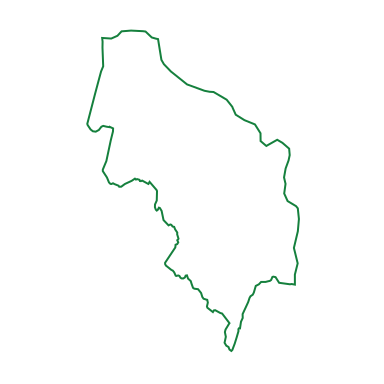 Donga-Mantung, Nord-Ouest, Cameroon (orthographic projection), rotated 192°
{"feature_id": "32672807B54432963078560", "entity_name": "Donga-Mantung", "entity_type": "district", "adm_level": 2, "iso_a3": "CMR", "parent_name": "Cameroon", "parent_adm1": "Nord-Ouest", "projection": "orthographic", "projection_center": [10.802, 6.688], "detail": "fine", "context": "isolated", "style": "outline", "palette": "green", "viewbox_px": 384, "rotation_deg": 192, "n_neighbors": 0, "source": "geoboundaries", "source_scale": "gbopen_adm2", "svg_char_len": 2473}
<svg xmlns="http://www.w3.org/2000/svg" viewBox="0 0 384 384"><g transform="rotate(192 192 192)"><path d="M308.6,236.9L308.1,236.0L307.9,235.7L304.2,232.1L301.6,230.8L298.7,231.0L296.0,233.3L294.2,237.0L292.6,238.2L289.0,238.1L285.9,238.3L285.9,238.6L282.4,237.8L281.9,234.8L282.2,225.5L282.2,213.5L282.2,204.5L283.9,195.4L283.6,193.9L280.8,191.1L278.2,188.5L275.2,184.1L273.5,183.0L272.4,183.1L271.1,184.1L269.4,183.6L265.2,182.9L264.3,182.0L262.3,182.5L259.3,185.9L253.3,190.4L250.6,193.2L249.4,192.5L248.4,193.2L245.9,193.0L245.2,191.9L244.2,192.0L243.1,192.8L236.8,190.9L236.3,190.8L235.6,193.1L227.1,186.6L226.4,185.6L224.7,176.3L225.6,172.1L225.1,169.4L223.7,167.2L222.6,166.5L221.8,167.4L221.1,169.8L220.0,169.6L219.3,168.8L217.8,167.2L214.0,158.6L208.0,154.5L206.5,155.7L205.4,155.6L203.8,154.2L202.2,154.2L200.7,151.9L198.0,149.3L197.7,147.5L195.5,143.5L195.7,142.8L196.4,141.8L195.0,139.9L195.6,138.0L197.1,137.0L196.8,134.3L203.6,117.2L203.3,115.9L202.2,114.6L196.0,111.5L194.4,111.1L192.7,109.7L190.6,106.8L190.0,106.6L188.1,107.5L186.9,107.3L185.5,105.8L184.3,105.3L182.6,105.6L181.2,106.9L180.8,108.9L179.6,109.4L177.9,106.5L174.7,104.6L173.5,102.4L171.1,98.5L169.7,97.9L165.9,98.2L162.1,95.1L160.1,91.5L158.5,90.0L155.4,89.7L154.7,89.7L153.5,87.1L153.6,83.2L152.9,82.0L146.6,78.9L145.9,80.8L144.7,81.2L139.1,79.5L137.3,79.4L128.1,71.5L128.2,71.3L130.6,64.4L130.7,61.8L128.8,57.4L128.8,51.3L126.5,48.8L124.1,48.0L122.6,45.7L120.5,44.7L119.7,45.9L118.7,52.5L118.1,58.8L117.6,65.5L118.1,67.5L117.7,68.5L116.7,68.6L117.1,75.3L116.2,79.3L117.1,83.1L114.2,95.8L114.1,96.6L113.7,100.3L113.1,102.2L111.2,104.2L110.6,106.6L110.1,113.4L107.4,115.6L105.7,118.4L101.4,119.3L99.0,120.5L97.4,121.2L96.3,122.4L95.7,125.6L94.9,126.1L92.6,126.1L87.9,121.3L77.0,122.1L75.4,122.7L72.1,122.8L74.2,132.6L73.8,144.2L80.7,158.5L80.3,175.6L81.4,184.5L81.8,187.8L85.1,198.0L87.3,199.8L96.6,203.0L101.5,209.7L102.2,219.4L105.0,225.4L105.3,234.5L104.1,243.0L104.1,248.4L106.0,254.6L113.8,258.9L119.5,260.8L128.9,252.5L135.5,256.1L137.2,263.7L143.6,270.3L144.5,271.2L154.6,273.0L155.7,273.2L165.3,276.7L169.6,282.6L170.3,283.7L177.3,289.5L191.7,294.3L195.6,293.7L200.8,293.6L219.2,296.2L237.7,305.5L246.1,311.2L249.4,314.9L257.0,334.5L259.3,334.5L263.5,334.8L270.8,339.3L273.4,339.1L285.2,337.2L294.3,334.5L297.4,329.3L302.9,325.3L311.9,324.0L310.7,320.4L309.6,314.7L305.0,296.5L306.0,291.0L306.4,283.7L307.2,268.3L308.6,236.9Z" fill="none" stroke="#15803d" stroke-width="2"/></g></svg>